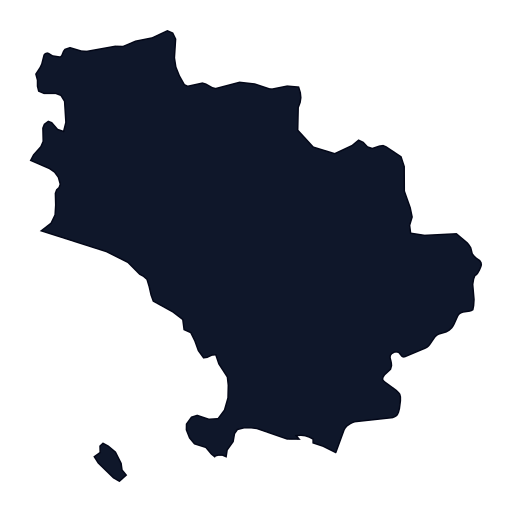 the Province of Grosseto
{"feature_id": "ITA-5379", "entity_name": "Grosseto", "entity_type": "Province", "adm_level": 1, "iso_a3": "ITA", "parent_name": "Italy", "parent_adm1": "", "projection": "natural_earth1", "projection_center": [11.272, 42.756], "detail": "fine", "context": "isolated", "style": "filled", "palette": "ink", "viewbox_px": 512, "rotation_deg": 0, "n_neighbors": 0, "source": "natural_earth", "source_scale": "10m", "svg_char_len": 2862}
<svg xmlns="http://www.w3.org/2000/svg" viewBox="0 0 512 512"><path d="M335.7,452.5L323.1,446.2L313.1,442.9L313.1,439.1L309.3,437.1L305.1,435.7L300.6,435.2L296.1,435.6L299.1,439.1L287.2,439.0L256.9,428.5L251.4,427.8L244.0,427.8L237.4,429.5L234.5,433.6L233.1,441.6L227.1,450.0L226.1,456.7L222.4,455.1L218.3,455.1L215.3,455.9L214.7,456.7L211.4,454.0L205.9,447.4L194.5,443.8L189.6,437.9L186.4,429.8L186.5,424.1L191.5,417.2L197.2,415.4L208.9,419.3L218.1,418.7L224.5,410.1L228.0,397.9L228.3,385.3L227.4,377.0L218.9,363.9L215.8,354.7L211.8,355.1L207.1,357.3L203.6,357.8L198.4,350.6L194.9,340.9L190.8,332.6L184.1,329.6L182.8,319.5L172.9,311.9L153.3,301.1L151.1,295.0L149.2,286.6L147.0,279.3L143.4,276.2L139.7,274.2L128.0,262.4L106.5,251.6L41.3,230.8L51.1,223.2L55.1,214.9L55.7,205.1L55.4,193.3L56.7,189.8L59.1,187.6L60.3,184.2L58.4,177.3L54.6,172.1L49.4,168.5L30.7,160.4L33.6,154.9L40.9,146.7L43.2,141.4L42.9,128.1L44.4,124.3L48.3,121.4L51.7,122.7L57.5,129.4L63.6,131.5L65.9,122.4L64.6,101.3L61.0,95.4L55.8,93.4L44.1,93.4L38.7,91.1L37.5,86.2L37.5,80.1L35.9,74.1L40.2,67.5L41.8,64.1L44.1,55.0L45.3,53.7L47.3,53.1L48.6,53.5L52.5,55.9L60.3,57.1L61.8,55.7L63.6,51.3L65.0,49.4L70.0,47.7L81.4,51.1L86.8,51.4L115.2,46.3L123.1,46.5L135.6,41.2L152.2,37.9L167.4,30.8L172.7,33.1L175.6,39.1L174.4,57.8L175.8,67.0L179.3,75.8L184.3,84.7L187.7,86.3L202.4,83.1L205.8,84.1L212.2,87.7L215.6,88.6L239.6,82.3L254.7,84.0L269.4,88.9L272.2,89.1L287.2,86.1L298.6,87.1L300.3,92.7L300.8,97.7L300.1,102.4L298.2,107.5L297.7,130.2L313.2,147.1L334.7,153.7L352.2,145.5L358.6,140.2L363.2,142.4L367.4,146.9L372.3,148.5L379.5,146.1L383.1,145.6L386.1,146.9L401.0,156.8L404.2,166.6L404.3,191.1L410.2,207.8L412.1,217.0L409.6,225.3L410.6,233.2L424.6,235.4L456.4,233.8L467.3,243.0L468.9,245.0L470.7,247.8L472.2,253.8L474.0,256.1L476.2,258.2L479.7,260.6L481.0,262.7L481.3,264.8L480.8,266.7L479.3,270.2L477.5,273.3L476.4,274.6L474.9,275.5L473.6,278.9L472.7,284.4L474.0,299.5L473.6,305.7L472.8,309.7L471.2,310.6L469.4,311.1L463.1,312.0L461.4,312.6L460.2,313.2L459.3,313.8L458.3,314.9L457.5,316.3L454.1,323.9L452.9,326.1L451.7,327.8L449.1,330.2L446.1,331.9L438.6,334.1L436.7,335.2L434.8,337.0L429.6,344.6L428.4,346.0L427.1,347.1L425.5,348.0L404.8,356.7L403.2,356.9L401.9,356.2L398.8,352.4L396.9,351.9L394.5,352.0L391.6,353.6L390.3,355.4L390.0,357.4L390.4,359.2L390.9,361.1L391.3,363.2L391.5,365.6L390.5,369.2L384.4,374.9L382.9,377.3L382.5,379.4L383.4,380.8L384.7,382.0L396.2,390.4L398.6,392.8L399.7,394.2L400.4,396.9L400.4,400.8L399.4,408.5L398.4,412.3L397.2,414.8L395.9,416.0L394.2,416.9L392.5,417.6L354.8,421.7L352.7,422.4L350.3,423.6L346.9,425.9L345.2,427.9L344.1,429.7L335.8,452.4L335.7,452.5ZM108.2,446.1L115.4,452.1L121.1,463.4L122.0,470.0L126.2,475.1L119.4,481.2L113.5,477.8L98.3,463.0L94.3,456.7L100.2,452.5L100.0,446.1L103.0,443.3L108.2,446.1Z" fill="#0f172a" stroke="#020617" stroke-width="1.5"/></svg>